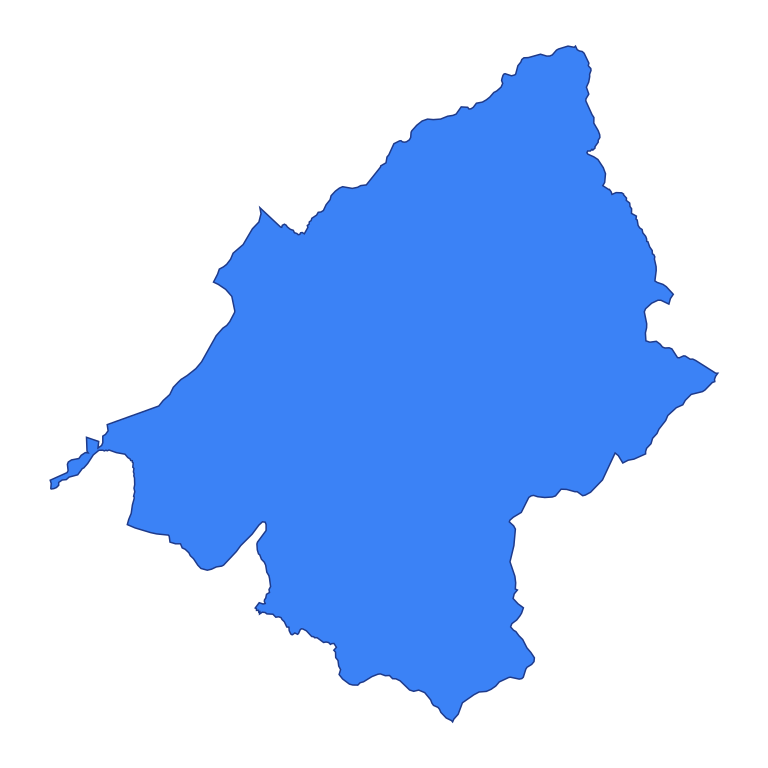 outline of Ráquira, Boyacá, Colombia
{"feature_id": "7082276B68805939866723", "entity_name": "Ráquira", "entity_type": "district", "adm_level": 2, "iso_a3": "COL", "parent_name": "Colombia", "parent_adm1": "Boyacá", "projection": "robinson", "projection_center": [-73.626, 5.497], "detail": "fine", "context": "isolated", "style": "filled", "palette": "blue", "viewbox_px": 768, "rotation_deg": 0, "n_neighbors": 0, "source": "geoboundaries", "source_scale": "gbopen_adm2", "svg_char_len": 6058}
<svg xmlns="http://www.w3.org/2000/svg" viewBox="0 0 768 768"><path d="M575.5,46.1L574.3,47.3L568.0,46.1L558.5,49.0L556.5,50.1L552.3,54.9L549.8,56.0L546.8,56.1L540.5,54.2L528.3,57.6L523.9,57.8L521.8,59.5L520.8,62.1L517.9,65.7L515.7,74.0L514.8,74.9L511.5,75.8L505.1,73.7L504.0,74.0L503.0,75.3L501.9,78.9L501.6,80.5L502.7,83.4L501.1,87.1L496.7,91.0L493.8,92.5L489.8,97.1L486.4,99.8L482.4,102.1L476.4,103.2L473.3,107.3L471.0,108.8L469.0,109.0L467.7,107.3L461.2,106.9L456.1,114.1L452.9,115.4L447.7,116.2L440.5,119.1L433.3,119.6L427.5,119.1L422.1,121.0L416.7,125.3L411.8,130.8L411.1,132.2L410.7,137.4L409.4,139.8L406.5,141.8L404.3,142.2L402.3,141.8L401.0,140.7L399.5,140.9L393.9,143.7L388.8,154.9L387.0,157.0L386.0,162.8L380.8,165.8L380.4,167.2L366.3,184.9L360.7,185.6L357.6,187.3L352.3,188.4L342.6,186.7L339.4,188.1L335.4,191.1L331.1,195.7L330.1,199.7L326.1,204.7L323.4,210.5L320.9,212.0L318.2,212.3L316.6,215.1L311.8,218.3L311.1,220.6L309.3,221.9L309.1,224.2L307.3,225.5L307.9,227.4L304.3,233.8L302.2,232.5L300.6,232.8L299.8,234.4L298.2,234.7L296.9,233.5L294.4,232.7L293.3,230.3L290.3,229.3L287.3,226.9L286.2,225.2L284.4,224.2L282.3,225.3L281.7,227.3L280.5,227.0L259.9,207.7L261.0,213.7L258.9,222.0L252.4,228.8L243.1,244.6L233.1,253.2L230.6,259.2L226.7,264.3L223.4,266.9L219.3,269.1L217.6,274.1L213.5,282.1L218.3,284.4L225.7,289.4L231.8,296.4L234.8,311.0L234.6,312.4L229.8,321.6L226.8,325.4L222.8,328.2L216.2,335.7L201.6,361.8L195.9,368.6L187.1,375.6L181.1,379.4L178.3,382.1L173.3,387.3L169.8,394.5L163.2,400.5L158.8,406.0L107.2,424.6L108.1,430.8L105.5,434.4L102.8,436.1L102.8,442.7L101.6,445.5L98.0,448.0L98.7,441.5L86.5,437.3L87.0,451.1L88.2,452.9L85.3,452.6L81.2,455.3L78.9,458.5L71.5,459.9L68.3,462.0L67.4,464.3L68.1,470.6L67.1,472.6L50.2,480.2L51.2,483.4L50.8,488.5L51.2,489.0L53.9,488.6L56.5,487.5L58.7,485.3L58.7,482.4L62.2,480.0L66.3,479.6L69.1,477.1L77.7,474.8L82.3,468.6L83.8,467.9L87.7,463.5L93.3,454.9L98.9,450.3L102.8,450.2L104.3,450.9L106.0,450.2L107.2,450.8L109.0,450.0L116.3,452.6L125.0,454.2L127.8,457.5L130.1,459.0L130.7,460.5L132.3,460.7L132.4,462.3L133.2,463.0L132.8,467.2L133.9,468.4L133.4,471.9L134.1,473.8L133.8,475.9L134.5,477.9L134.7,484.7L134.0,488.2L134.8,491.7L133.6,496.3L134.1,496.7L134.2,498.4L132.4,504.9L131.2,513.4L128.7,519.5L127.3,524.6L135.0,527.9L150.6,532.6L156.6,533.9L168.3,535.1L169.2,536.2L170.0,542.1L175.5,543.8L180.5,543.8L182.2,547.9L185.2,549.3L188.9,552.8L190.3,555.7L193.5,558.7L197.8,565.2L201.0,568.5L207.3,570.2L211.5,569.2L216.4,566.9L221.7,566.1L223.6,565.1L236.3,551.6L240.7,545.6L252.2,534.1L258.9,525.1L262.5,521.8L265.2,522.2L266.1,524.6L266.1,530.5L257.5,542.1L256.9,544.0L257.3,549.9L258.5,553.9L259.8,554.9L261.4,559.2L264.3,562.2L265.7,565.3L266.8,572.2L268.9,575.7L269.5,578.3L270.6,586.6L269.0,589.5L269.5,592.5L266.5,594.3L265.7,598.2L264.6,599.6L264.3,601.2L265.2,603.5L263.1,604.0L259.2,602.7L255.2,608.0L256.4,608.6L256.5,610.4L258.5,610.3L258.8,612.3L259.8,611.8L259.6,614.0L262.3,612.2L265.1,612.5L266.9,613.9L272.9,614.2L275.8,617.2L278.6,616.8L281.0,617.6L282.0,619.5L284.3,621.7L286.8,627.0L288.9,627.2L289.2,630.7L290.8,634.0L291.6,634.6L292.5,634.7L294.8,633.0L297.6,634.3L298.5,633.5L300.3,629.6L301.5,628.8L302.9,629.0L306.4,630.8L311.7,636.5L313.7,636.7L314.5,637.7L317.1,637.7L323.6,642.5L326.0,642.0L328.6,642.5L330.4,644.4L331.8,643.6L334.0,643.5L336.4,647.3L333.8,650.2L335.5,652.1L335.7,657.6L338.0,660.5L338.7,666.0L340.6,669.6L339.1,674.5L342.6,679.0L349.4,684.1L352.7,685.0L357.8,685.1L360.2,682.7L363.5,681.8L371.9,676.6L378.0,674.2L380.4,673.9L385.3,675.7L389.5,675.5L392.6,678.7L395.9,678.8L400.1,680.8L409.6,690.0L413.7,691.3L418.7,690.1L424.7,692.6L430.7,699.9L431.9,703.1L433.5,705.4L438.0,707.4L439.4,709.1L440.9,712.4L446.2,718.0L451.5,720.6L452.6,721.9L453.8,719.2L458.2,714.2L462.4,702.8L473.8,694.8L479.1,692.0L486.4,691.4L491.1,689.3L495.8,686.0L499.3,681.9L508.7,677.5L510.4,677.2L519.2,679.1L521.8,678.6L523.3,677.2L525.8,669.2L527.0,667.3L531.7,664.4L534.0,661.6L534.4,657.8L530.9,652.5L526.9,647.8L522.7,639.5L518.9,635.7L515.9,631.6L513.5,630.2L510.6,626.9L511.9,623.6L516.7,620.0L519.9,615.9L521.6,613.1L523.4,607.8L518.1,603.9L513.1,598.5L514.2,593.9L517.4,590.0L515.3,589.0L515.7,582.9L514.9,576.3L510.0,561.8L513.9,545.6L515.4,529.1L513.6,525.8L509.3,521.9L509.9,520.2L513.3,517.2L521.3,512.4L528.8,497.4L531.3,495.8L533.6,495.4L537.6,496.7L544.8,497.5L552.3,497.0L555.5,495.9L561.1,489.2L566.6,489.4L574.9,491.7L577.2,491.7L582.7,495.7L585.3,495.1L590.6,492.2L602.5,479.9L615.1,453.0L618.3,455.6L622.8,463.0L628.2,460.2L634.0,459.1L645.6,453.9L645.6,451.6L646.6,448.3L651.0,443.7L652.6,438.3L657.0,433.5L658.9,429.2L665.7,420.5L667.8,415.5L676.3,407.7L682.8,404.8L685.3,400.3L691.2,394.4L702.5,391.6L705.0,390.0L712.3,382.5L714.8,381.6L714.5,379.3L715.7,376.1L717.8,373.2L715.7,373.2L695.7,360.5L692.8,359.1L690.2,359.2L685.2,356.0L683.5,355.9L679.3,357.8L677.5,357.6L671.9,348.9L669.2,347.8L664.9,348.0L662.4,347.0L660.2,344.2L656.3,341.3L649.8,342.2L645.9,340.8L645.4,332.9L646.6,327.8L646.7,323.8L644.3,311.8L645.6,308.7L651.7,303.2L658.0,300.2L661.0,300.3L668.9,304.1L670.4,298.6L673.3,294.3L666.3,286.7L663.0,284.4L657.1,282.4L654.9,280.9L656.2,270.5L656.1,266.6L654.4,259.0L654.8,256.8L653.8,254.7L652.4,253.8L652.2,250.5L649.7,246.9L647.9,241.7L646.7,241.4L646.6,238.9L645.7,236.4L642.8,232.8L642.1,229.5L639.7,227.9L638.1,225.4L637.2,220.0L636.0,219.1L636.4,216.1L631.5,213.4L631.6,208.7L630.0,206.5L629.7,203.1L626.3,200.4L626.5,198.1L623.6,194.9L623.6,194.1L621.7,192.8L616.1,192.6L612.0,194.4L611.1,191.7L609.4,189.4L608.9,189.6L602.8,185.7L604.7,182.4L605.5,173.7L603.3,167.7L597.9,159.5L593.8,156.8L587.9,154.2L586.9,152.7L587.7,151.0L590.4,151.0L592.0,149.3L592.8,150.1L595.0,148.1L595.0,146.7L598.2,142.2L598.2,140.3L599.9,137.5L599.7,134.7L598.2,130.7L593.8,123.1L593.9,117.5L592.0,114.6L585.8,100.9L586.0,98.8L588.8,94.1L586.4,87.2L588.7,82.1L589.7,76.7L589.6,74.3L591.0,70.5L590.8,68.5L588.7,66.3L588.3,65.4L588.9,63.2L584.1,53.2L582.2,51.5L579.5,51.0L577.2,49.7L575.5,46.1Z" fill="#3b82f6" stroke="#1e3a8a" stroke-width="1.5"/></svg>